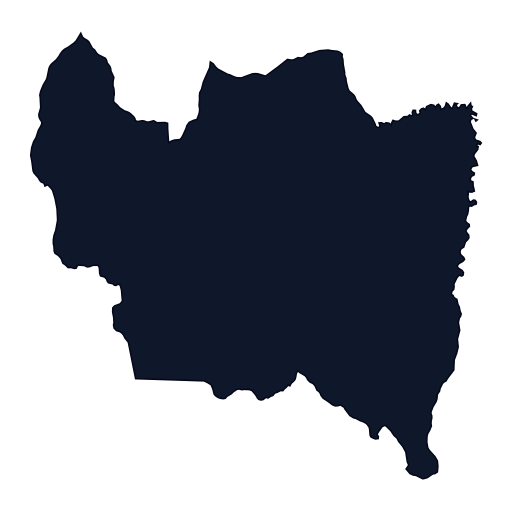 Cláudia, Mato Grosso, Brazil (Natural Earth projection)
{"feature_id": "56859067B53705910959372", "entity_name": "Cláudia", "entity_type": "district", "adm_level": 2, "iso_a3": "BRA", "parent_name": "Brazil", "parent_adm1": "Mato Grosso", "projection": "natural_earth1", "projection_center": [-55.012, -11.48], "detail": "fine", "context": "isolated", "style": "filled", "palette": "ink", "viewbox_px": 512, "rotation_deg": 0, "n_neighbors": 0, "source": "geoboundaries", "source_scale": "gbopen_adm2", "svg_char_len": 5968}
<svg xmlns="http://www.w3.org/2000/svg" viewBox="0 0 512 512"><path d="M342.3,54.4L340.4,52.6L338.0,51.4L336.3,51.1L331.7,50.7L328.1,50.0L319.3,50.7L311.3,53.3L307.9,53.7L303.9,57.1L301.5,58.0L298.0,57.6L293.7,59.8L291.4,60.1L287.5,59.4L277.8,67.1L265.6,76.1L257.6,73.7L254.6,73.6L252.1,73.9L241.3,77.9L236.8,77.7L234.2,76.9L229.7,74.8L227.6,74.3L217.8,69.1L215.7,67.1L213.2,63.8L210.3,61.9L209.7,67.6L203.4,81.9L201.5,89.3L199.7,92.7L199.4,95.8L199.5,99.5L199.0,105.4L199.6,108.8L199.5,111.1L199.1,113.4L197.0,119.3L193.3,120.4L189.2,122.3L186.8,125.8L186.0,128.5L182.9,135.3L181.4,138.0L179.8,139.6L174.6,140.0L172.0,140.8L168.6,142.6L167.7,129.0L167.6,123.2L164.7,122.5L157.0,122.7L153.7,120.7L148.4,122.1L146.4,121.9L144.2,121.0L142.2,120.7L137.8,121.5L135.3,120.7L135.0,118.8L133.6,116.6L130.0,113.3L127.9,112.1L124.4,110.9L119.7,107.8L117.0,104.8L113.8,102.0L113.6,100.0L113.9,96.3L114.3,94.4L114.1,90.7L113.8,88.2L113.0,85.6L113.1,81.3L113.9,77.5L111.0,71.1L110.7,68.6L109.9,66.4L107.3,63.0L106.6,60.4L105.5,58.3L98.3,54.7L96.5,52.9L94.5,49.8L92.4,48.3L88.9,41.9L87.5,40.5L84.3,38.6L82.5,37.1L80.8,33.2L76.3,40.7L74.2,42.9L68.1,47.3L64.6,49.2L62.6,50.9L60.6,53.5L58.9,56.4L56.3,59.8L51.4,64.1L50.2,65.7L49.1,67.9L47.1,77.5L46.5,79.4L43.1,85.3L40.7,91.2L39.8,95.0L40.2,97.7L40.7,107.7L38.8,114.5L39.1,117.3L40.3,119.8L41.5,121.4L41.8,123.5L40.7,126.3L38.4,130.2L36.0,137.6L33.6,141.7L31.7,147.5L30.7,155.4L31.8,161.0L33.1,171.0L34.2,173.2L38.4,177.9L39.7,180.4L41.3,182.1L44.0,183.2L44.9,186.1L47.4,184.8L48.8,185.9L51.4,188.7L52.6,190.5L55.1,198.7L57.0,208.7L57.5,218.4L57.5,220.6L55.7,230.5L54.0,235.4L53.3,239.8L53.3,243.6L53.9,246.3L54.2,251.3L55.0,253.3L58.4,255.5L61.1,258.5L62.8,263.1L65.6,265.1L68.1,267.6L71.5,267.6L74.4,268.5L76.3,268.1L77.2,265.9L78.7,265.1L84.6,265.6L87.0,266.9L89.4,266.7L93.1,265.3L98.1,265.3L99.3,267.7L99.7,273.4L100.5,275.9L104.6,277.1L106.6,279.2L107.2,281.1L108.4,282.8L112.8,283.8L114.3,285.2L115.9,285.5L118.0,284.3L119.7,284.7L120.6,286.6L121.5,290.4L122.4,301.1L120.2,303.8L114.6,305.9L112.8,307.8L112.6,311.9L113.7,317.6L114.0,322.8L113.5,325.0L114.2,328.3L116.6,330.7L120.0,331.7L121.9,333.1L123.5,335.0L125.0,338.1L128.3,342.2L135.6,378.7L204.0,380.9L207.4,382.5L211.2,384.9L212.9,389.2L214.2,394.2L215.6,395.8L218.3,397.6L220.9,398.4L223.4,398.7L225.3,398.3L227.0,396.3L231.4,393.7L233.3,391.8L237.0,389.3L239.2,389.0L241.7,389.7L244.2,389.4L249.2,389.6L251.9,390.5L255.1,394.2L256.6,396.3L257.4,398.0L258.8,399.4L260.8,400.0L262.9,399.7L265.9,397.4L268.0,398.0L270.8,396.2L272.9,395.5L274.7,393.1L277.4,392.2L280.4,390.6L282.9,390.7L284.2,389.0L286.3,387.2L288.0,385.2L289.9,385.9L291.2,383.3L293.3,381.5L295.0,379.5L295.7,377.1L296.3,373.5L297.8,370.6L299.7,372.5L305.0,375.6L306.5,377.3L307.7,379.7L309.8,381.9L313.2,383.7L315.0,385.7L317.0,390.2L318.9,391.5L320.3,393.4L321.0,395.4L323.1,398.2L328.3,401.6L332.3,404.7L335.1,405.9L337.8,405.8L340.4,405.0L344.0,407.2L345.0,409.1L349.8,415.5L353.3,417.7L356.1,418.5L360.2,420.7L363.1,421.7L365.9,423.2L367.3,424.5L369.2,427.3L369.7,429.9L370.1,435.2L370.9,436.9L372.9,438.0L375.6,439.0L378.2,438.6L378.4,436.6L377.0,434.2L379.0,431.0L381.9,426.9L384.4,425.4L386.3,426.2L390.9,430.8L394.0,435.5L397.0,438.1L398.7,441.5L402.6,446.2L405.8,452.0L407.3,461.9L408.7,465.1L406.1,469.0L410.0,473.6L413.4,475.1L416.0,475.4L422.8,478.8L424.8,478.4L427.4,477.6L432.6,474.0L434.9,473.6L437.4,472.0L437.9,466.4L437.4,460.9L435.0,456.7L429.4,450.5L427.8,447.9L426.8,442.1L427.0,436.4L427.6,433.8L429.7,430.1L431.4,426.0L431.0,423.4L431.2,420.5L431.8,418.3L431.8,415.8L431.0,413.9L431.0,411.8L433.0,406.7L436.1,401.5L436.9,399.1L437.4,394.4L439.5,391.2L440.1,388.4L442.3,383.9L443.4,382.4L446.0,381.0L447.3,378.6L453.8,370.0L454.2,359.9L456.7,353.2L458.2,346.9L457.4,339.1L459.7,330.3L458.4,322.5L459.3,318.2L460.6,316.2L461.2,314.0L459.9,310.6L459.3,307.1L457.9,304.3L456.9,299.4L453.9,297.5L453.1,295.4L451.3,294.4L451.9,291.3L453.7,289.4L454.1,286.8L453.9,284.0L457.0,277.6L459.1,275.2L461.7,276.1L463.1,275.2L463.5,272.6L462.2,270.5L458.2,268.0L457.3,266.2L458.2,264.3L459.9,263.0L461.7,262.1L463.5,260.8L464.6,259.3L463.6,257.3L461.7,255.6L460.3,253.9L460.0,251.1L461.1,248.7L463.7,247.2L465.4,242.0L467.5,239.9L468.9,237.9L468.7,235.1L466.9,232.9L465.8,230.9L467.1,228.7L469.4,226.4L469.2,224.4L467.0,222.9L465.5,221.0L466.3,216.9L467.7,213.8L468.3,210.6L468.4,208.3L469.0,205.8L471.7,206.2L473.7,204.8L476.1,204.2L476.5,202.2L475.2,200.3L473.5,200.0L471.7,201.3L469.7,202.0L468.4,199.2L467.9,196.9L468.3,194.1L468.1,191.4L469.6,192.0L472.0,192.1L474.4,191.1L473.1,185.4L473.0,181.8L470.4,180.8L470.5,177.9L471.7,176.2L474.1,175.0L474.4,173.0L472.4,172.0L470.4,169.6L472.2,166.6L477.6,165.4L476.3,160.8L473.7,156.3L474.3,153.9L477.7,149.5L478.2,146.5L476.4,145.9L477.7,143.6L480.1,144.6L481.3,143.0L480.0,141.5L475.5,140.0L474.4,137.4L476.1,133.0L472.9,129.0L470.1,121.9L470.9,119.4L473.0,118.4L470.2,115.5L471.8,113.8L476.2,115.7L476.7,113.7L471.7,110.9L471.4,108.7L472.4,106.6L471.0,105.6L470.6,103.1L468.3,105.8L466.7,108.5L465.8,106.9L464.9,104.6L461.3,104.8L459.8,107.2L458.2,108.2L457.0,106.9L456.0,104.8L457.4,103.7L454.4,103.1L452.5,107.9L450.8,108.0L448.2,104.1L446.3,102.8L445.3,106.3L443.7,108.2L441.0,109.5L440.3,106.3L438.5,104.2L437.0,105.0L435.6,107.4L433.7,105.2L430.8,104.6L426.6,106.6L425.4,109.8L423.6,108.2L421.5,108.8L419.7,110.7L420.3,112.8L418.6,114.5L416.7,114.5L415.7,112.8L415.5,110.4L413.2,110.2L412.2,112.3L412.7,114.5L411.9,116.1L409.5,114.9L407.9,116.5L403.9,116.7L398.8,121.1L395.4,121.2L393.0,120.3L391.8,122.5L391.3,125.1L389.2,123.2L386.0,122.7L384.3,124.0L381.5,122.7L379.0,122.9L380.0,126.1L378.7,127.7L375.9,126.6L374.9,123.6L372.1,117.9L370.6,116.3L364.9,112.4L361.0,105.7L356.9,101.1L355.8,99.2L354.9,96.7L353.6,94.8L349.1,91.0L347.9,88.3L346.2,81.3L345.9,78.2L344.7,75.1L344.6,72.1L343.2,64.3L342.9,59.4L342.0,56.6L342.3,54.4ZM474.9,119.1L475.9,121.1L477.3,119.9L474.9,119.1Z" fill="#0f172a" stroke="#020617" stroke-width="1.5"/></svg>